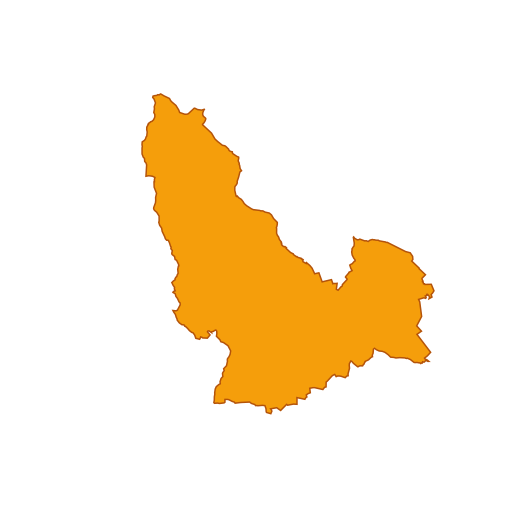 Hunedoara, Hunedoara, Romania, rotated 52°
{"feature_id": "2599482B17115998524758", "entity_name": "Hunedoara", "entity_type": "district", "adm_level": 2, "iso_a3": "ROU", "parent_name": "Romania", "parent_adm1": "Hunedoara", "projection": "equal_earth", "projection_center": [22.876, 45.766], "detail": "fine", "context": "isolated", "style": "filled", "palette": "amber", "viewbox_px": 512, "rotation_deg": 52, "n_neighbors": 0, "source": "geoboundaries", "source_scale": "gbopen_adm2", "svg_char_len": 6115}
<svg xmlns="http://www.w3.org/2000/svg" viewBox="0 0 512 512"><g transform="rotate(52 256 256)"><path d="M345.6,379.5L346.5,379.4L348.2,376.9L349.7,375.6L352.1,371.6L352.1,370.5L349.9,368.8L351.4,366.8L352.6,365.8L355.9,364.3L357.9,363.0L359.1,363.1L362.1,358.1L367.2,350.9L369.3,350.4L372.3,348.4L373.7,348.4L374.5,347.2L375.0,346.9L377.7,342.8L379.4,341.1L382.4,342.1L385.1,343.9L385.8,344.0L389.4,341.4L388.1,339.1L387.2,338.7L385.4,338.6L388.3,333.1L392.9,331.7L391.8,323.2L393.0,323.0L395.8,317.6L398.1,315.0L392.8,310.9L399.0,305.7L398.2,303.5L398.4,302.7L396.4,301.9L396.5,299.8L397.2,297.4L393.3,295.1L394.8,292.2L395.9,290.8L402.4,285.5L401.7,282.8L402.3,281.4L398.5,278.3L398.5,276.9L397.3,269.7L397.5,268.0L397.8,266.9L400.4,267.1L400.7,265.8L401.7,264.4L403.0,263.1L406.8,260.6L406.5,258.4L407.1,257.1L405.5,256.0L402.0,251.4L399.5,249.8L398.3,248.7L397.1,245.9L397.9,245.4L400.6,245.3L405.8,244.1L406.1,243.9L406.4,241.9L408.2,239.6L407.6,238.1L407.7,237.5L406.9,236.2L406.5,234.7L406.3,234.7L407.1,231.3L406.8,228.2L406.8,226.9L407.1,226.2L405.7,225.4L404.7,223.6L401.7,220.8L401.7,219.4L404.0,218.8L406.7,217.4L408.8,215.2L411.3,213.7L415.2,212.6L418.6,212.2L420.7,209.9L422.5,208.5L424.5,205.4L427.8,201.6L429.4,200.5L429.7,199.7L432.6,198.1L437.1,197.0L437.9,196.3L439.0,194.7L440.6,193.3L441.0,192.7L442.2,192.4L442.2,191.5L442.7,190.9L441.9,189.8L443.1,189.0L443.1,187.8L442.8,186.7L444.1,185.7L444.8,185.5L445.4,184.7L443.4,185.1L441.2,186.2L440.2,186.1L440.2,182.4L439.4,177.7L416.8,177.4L417.1,171.9L410.0,172.4L405.6,162.7L392.9,155.2L390.3,154.6L392.3,149.4L393.8,148.4L393.5,147.5L391.7,147.2L392.3,145.4L391.4,145.1L391.8,144.4L395.0,144.3L396.2,145.9L396.7,142.6L394.2,141.7L393.9,139.7L393.0,137.2L386.2,135.3L382.4,140.4L381.6,140.3L381.0,141.1L379.1,140.2L378.4,141.2L378.8,140.1L378.6,139.9L376.4,139.4L375.8,139.0L375.1,134.0L366.5,135.3L366.0,134.9L355.9,136.4L355.3,134.5L352.7,132.8L348.4,132.5L344.6,135.4L326.0,144.2L325.4,145.1L324.7,145.3L320.0,149.5L318.9,149.9L317.4,151.7L316.0,152.8L315.9,153.1L314.6,154.2L314.0,155.6L313.7,156.4L313.6,158.7L312.0,159.6L310.9,161.1L306.6,163.8L306.6,164.4L306.1,165.5L305.5,166.3L302.6,167.4L301.1,167.3L301.2,167.8L306.3,170.6L308.4,172.5L308.7,173.8L309.5,176.0L310.5,176.7L311.7,178.1L314.4,179.6L317.9,180.3L319.8,180.3L320.9,180.8L320.7,181.7L321.3,185.0L321.0,186.2L320.9,187.7L324.1,188.9L326.7,189.3L326.1,192.6L326.3,192.6L327.4,198.0L327.7,198.5L330.4,198.4L330.7,199.3L331.7,205.5L332.6,206.4L332.8,207.2L332.6,208.1L333.5,212.4L331.7,213.2L327.5,208.9L326.4,210.6L325.4,211.8L325.2,212.5L321.1,211.1L317.1,219.8L308.0,216.8L306.1,220.7L300.1,219.3L296.7,219.4L292.3,220.3L292.8,221.1L289.4,222.5L288.5,222.0L288.0,221.1L287.4,221.3L287.9,222.1L287.2,221.5L287.5,222.2L286.9,221.6L285.6,221.8L285.4,222.1L285.6,222.8L285.1,222.2L283.0,223.8L281.6,224.1L281.5,224.6L277.9,225.6L277.3,225.3L274.6,226.6L268.6,227.6L268.3,226.9L267.7,227.0L266.3,227.4L266.2,228.1L265.9,228.2L264.6,228.7L263.1,228.9L261.5,228.2L261.8,228.0L260.5,227.4L257.4,227.4L255.0,226.5L252.8,226.4L250.8,225.8L247.0,222.8L246.2,222.5L245.4,221.2L244.0,219.6L242.6,218.5L237.3,219.1L233.1,218.5L230.3,219.1L227.0,221.8L224.7,222.8L223.2,224.6L222.4,225.0L217.8,229.6L216.1,230.5L210.7,232.4L207.5,233.0L204.9,232.7L202.3,232.7L199.6,233.7L197.1,233.9L197.2,234.6L196.5,234.8L191.2,232.3L188.7,230.3L188.3,229.8L187.7,227.3L186.9,225.8L185.6,224.9L183.1,221.1L179.9,217.0L179.9,214.9L177.4,214.7L174.5,213.1L173.3,212.8L172.6,212.1L170.1,211.5L168.1,209.2L167.3,208.8L165.8,209.7L161.3,211.2L160.4,211.2L159.3,210.5L158.4,211.3L156.9,212.1L156.1,212.2L155.0,211.8L151.2,212.3L149.9,212.7L148.1,214.3L142.3,215.7L138.5,216.3L131.8,215.4L119.7,217.3L119.3,217.0L119.0,215.0L118.1,212.7L117.0,211.1L116.3,210.9L113.5,211.4L112.0,211.1L110.4,209.8L108.9,207.3L108.7,205.9L107.6,209.0L104.6,211.9L101.9,213.2L101.5,213.7L102.2,221.7L101.8,223.0L100.5,224.8L95.9,227.8L93.4,227.0L88.1,226.4L82.6,227.5L81.0,227.6L78.6,227.2L73.2,229.9L69.9,231.2L69.5,231.5L69.4,233.1L68.4,234.1L68.3,235.4L67.1,237.4L66.6,238.7L67.5,239.8L69.5,239.7L73.3,240.9L73.9,241.5L75.7,244.3L77.6,245.5L80.0,248.2L82.1,248.6L83.8,249.8L84.5,250.7L85.7,253.1L85.7,254.3L85.9,254.8L85.3,256.6L85.5,256.9L85.3,258.9L86.0,259.7L85.7,260.0L86.3,260.7L87.2,262.7L89.1,264.3L91.3,265.4L94.3,268.3L94.4,269.1L95.8,271.2L96.2,272.8L96.0,275.4L98.1,277.3L99.9,278.3L100.6,279.2L105.5,283.0L108.8,284.0L110.4,283.8L113.0,285.5L115.0,285.4L116.9,286.1L125.4,293.6L126.6,291.3L127.7,290.1L129.5,288.4L131.9,287.3L133.2,289.0L134.9,290.2L134.6,290.5L135.0,290.9L139.1,293.9L145.4,295.8L148.1,299.1L150.3,300.7L152.2,302.5L154.8,306.7L155.8,307.6L157.5,307.9L160.4,307.3L164.9,307.8L168.8,310.8L169.6,311.9L172.5,313.0L175.9,313.2L178.9,314.8L184.7,316.1L186.6,316.8L188.6,316.7L189.2,315.8L189.7,315.5L192.1,316.0L195.9,317.4L196.7,317.4L197.9,318.6L200.2,318.6L202.0,320.7L203.1,321.2L206.2,320.5L209.0,321.9L210.4,321.2L215.0,322.2L216.3,322.9L216.2,323.4L218.3,325.9L221.7,328.0L222.3,329.6L223.4,331.1L223.3,331.7L223.9,333.6L224.9,334.4L224.8,336.5L225.1,338.7L228.3,339.4L230.5,339.4L230.9,340.0L232.0,340.7L233.7,341.1L233.2,342.6L233.5,343.5L233.0,344.1L236.0,342.9L238.6,344.0L241.0,344.0L244.8,344.9L246.3,344.7L247.8,345.8L250.3,351.3L249.9,352.9L247.8,355.0L249.9,355.4L252.4,355.5L255.2,356.6L256.8,356.9L258.1,357.6L261.5,357.6L264.5,356.7L265.6,355.5L266.4,355.1L267.4,355.4L268.3,354.9L270.9,354.5L273.9,354.4L276.6,353.7L277.7,352.9L280.5,353.0L283.8,354.1L286.9,351.7L286.2,350.1L285.7,349.5L286.8,348.6L287.7,348.5L290.8,344.9L289.9,340.8L286.0,341.0L285.7,340.8L285.5,340.0L286.0,339.2L289.0,338.2L288.5,338.0L288.4,337.6L289.1,336.1L289.3,334.0L289.6,333.2L291.0,333.2L293.1,334.7L294.9,336.6L299.8,336.0L301.9,336.5L304.2,334.9L309.5,333.3L315.2,334.4L317.5,336.9L318.7,339.2L319.4,341.7L320.3,342.7L321.2,343.1L324.3,346.8L324.9,350.9L326.7,351.6L327.4,353.8L327.9,354.7L330.6,356.4L331.0,358.9L332.9,361.7L334.7,362.8L334.4,364.5L334.5,367.7L335.7,370.0L338.5,372.9L339.3,373.3L341.3,375.5L343.9,377.6L345.6,379.5Z" fill="#f59e0b" stroke="#b45309" stroke-width="1.5"/></g></svg>